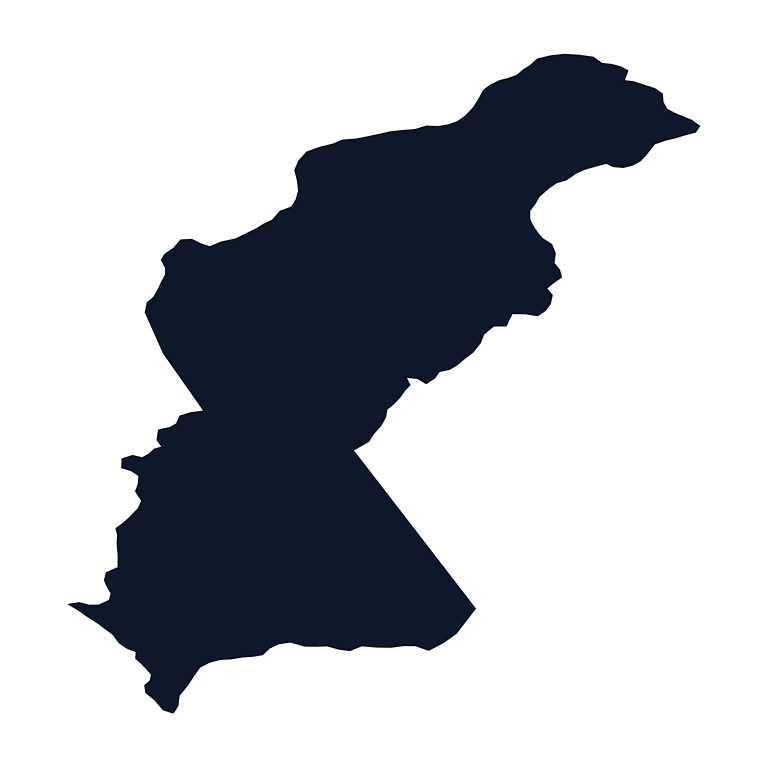 Rio Fortuna, Santa Catarina, Brazil (Equal Earth projection), rotated 91°
{"feature_id": "56859067B10266050970053", "entity_name": "Rio Fortuna", "entity_type": "district", "adm_level": 2, "iso_a3": "BRA", "parent_name": "Brazil", "parent_adm1": "Santa Catarina", "projection": "equal_earth", "projection_center": [-49.197, -28.079], "detail": "fine", "context": "isolated", "style": "filled", "palette": "ink", "viewbox_px": 768, "rotation_deg": 91, "n_neighbors": 0, "source": "geoboundaries", "source_scale": "gbopen_adm2", "svg_char_len": 2744}
<svg xmlns="http://www.w3.org/2000/svg" viewBox="0 0 768 768"><g transform="rotate(91 384 384)"><path d="M716.5,589.1L709.2,584.6L699.0,583.7L688.5,575.3L679.7,569.9L670.3,563.5L665.0,553.7L662.0,543.0L661.3,532.6L659.2,520.7L658.2,509.7L656.5,500.8L650.0,494.2L645.3,484.7L643.4,473.0L647.2,458.7L647.2,448.8L646.6,435.9L649.6,424.7L650.9,413.5L645.9,401.8L646.9,387.1L646.9,372.8L644.9,359.4L644.9,347.7L649.2,334.6L641.3,320.3L632.1,307.7L607.0,289.0L450.7,414.0L441.7,398.7L433.2,393.3L425.6,386.6L417.1,382.1L409.1,380.9L403.4,374.0L396.6,367.8L389.9,363.4L384.6,358.3L376.6,362.5L377.6,350.6L382.6,341.9L376.8,333.4L370.4,329.2L368.1,318.9L362.9,310.8L357.1,304.2L350.7,296.0L341.0,288.5L332.3,285.3L323.9,275.4L323.5,262.8L317.1,260.2L311.1,257.1L311.1,243.6L312.8,231.6L307.8,224.4L300.8,219.3L292.3,217.6L285.6,223.5L280.5,217.6L274.0,208.7L267.2,210.6L260.1,216.4L250.4,215.3L241.7,219.0L235.9,228.4L230.3,233.3L223.9,237.8L216.4,241.5L208.1,241.5L201.0,236.4L193.4,232.1L184.9,222.6L179.6,215.3L176.6,205.5L169.5,195.7L165.6,187.2L162.2,176.0L159.2,165.5L162.4,158.5L163.1,148.6L160.5,139.2L156.1,131.6L149.1,125.4L139.0,117.7L135.0,106.8L132.6,97.1L129.2,86.8L126.6,77.0L120.6,73.3L115.1,81.3L111.8,89.9L108.7,97.9L104.4,106.1L97.3,110.2L89.3,110.9L84.2,118.5L80.8,129.7L77.6,140.0L76.7,149.5L66.6,146.0L63.1,152.6L60.8,161.7L59.8,172.0L53.8,180.6L52.1,195.2L51.5,209.5L53.2,223.0L56.6,236.1L63.5,243.6L67.5,249.9L73.3,256.5L76.6,265.3L78.9,273.6L83.4,282.7L88.7,289.4L97.4,293.9L106.1,299.1L114.9,307.2L120.6,315.0L123.9,323.8L125.9,334.2L125.6,345.9L129.3,357.5L130.6,370.9L132.0,382.1L134.8,393.4L137.4,404.9L139.8,416.1L141.1,429.6L145.4,439.5L148.5,451.6L153.5,465.0L162.3,472.7L171.5,476.7L182.0,473.9L192.4,472.5L201.5,475.0L208.8,479.3L213.2,490.7L222.2,498.2L226.6,507.1L231.0,513.9L236.8,525.1L241.7,534.5L245.1,549.1L250.1,560.5L247.3,569.7L243.0,578.8L243.7,589.6L252.2,596.6L258.2,605.2L263.9,608.5L271.3,604.3L278.3,603.9L286.7,608.3L294.0,611.5L301.4,615.6L306.8,621.9L316.6,623.7L357.1,604.8L414.3,563.1L416.2,576.2L419.8,587.4L427.5,590.5L431.4,597.1L434.2,608.5L443.9,609.7L450.9,604.3L453.4,612.5L458.4,617.7L462.3,624.5L460.1,634.0L463.5,644.3L472.1,644.6L474.8,635.2L479.8,627.2L488.5,627.7L495.6,630.3L504.9,624.0L512.7,627.2L522.4,636.2L528.8,643.2L533.1,649.2L539.8,647.4L546.3,647.8L552.8,647.4L560.0,646.5L572.3,646.5L577.6,658.1L585.1,659.8L591.9,656.8L598.1,652.8L605.2,654.6L610.3,665.2L610.6,674.6L608.2,684.9L609.9,694.7L615.6,684.9L620.9,677.2L627.7,666.1L634.1,657.2L639.0,650.4L647.1,644.3L652.5,636.2L655.9,626.8L662.6,627.2L667.3,621.8L672.6,616.5L678.4,611.1L684.7,612.3L689.7,617.7L696.7,616.5L704.1,607.1L713.3,599.1L716.5,589.1Z" fill="#0f172a" stroke="#020617" stroke-width="1.5"/></g></svg>